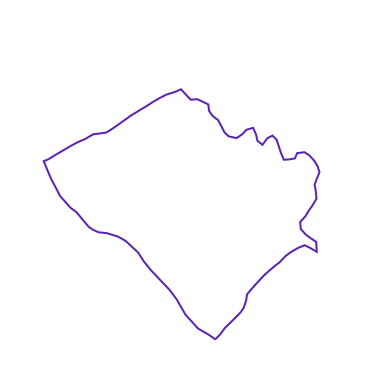 the district of VI-4 Lower Corentyne Rive, East Berbice-Corentyne, Guyana, rotated 129°
{"feature_id": "73187651B56094109517329", "entity_name": "VI-4 Lower Corentyne Rive", "entity_type": "district", "adm_level": 2, "iso_a3": "GUY", "parent_name": "Guyana", "parent_adm1": "East Berbice-Corentyne", "projection": "mercator", "projection_center": [-57.321, 5.762], "detail": "fine", "context": "isolated", "style": "outline", "palette": "violet", "viewbox_px": 384, "rotation_deg": 129, "n_neighbors": 0, "source": "geoboundaries", "source_scale": "gbopen_adm2", "svg_char_len": 1479}
<svg xmlns="http://www.w3.org/2000/svg" viewBox="0 0 384 384"><g transform="rotate(129 192 192)"><path d="M261.4,326.6L268.3,313.9L270.4,309.9L278.3,291.4L279.2,285.6L280.7,276.4L280.4,269.2L284.1,250.3L283.7,245.4L282.1,239.2L277.7,232.5L273.2,221.4L271.8,212.7L272.9,195.9L276.3,185.6L278.5,175.5L280.9,157.8L282.2,147.8L285.1,136.3L291.4,120.0L294.3,101.4L292.4,89.3L291.9,81.5L290.3,81.0L284.5,80.5L277.3,80.9L270.8,80.1L263.6,79.3L255.0,78.5L249.5,78.9L241.9,81.8L237.0,84.8L230.7,84.7L223.6,84.4L215.9,83.9L210.2,83.4L204.1,82.4L196.9,81.0L191.4,79.7L182.9,79.0L176.4,77.3L168.8,74.4L162.5,71.0L161.0,64.3L160.0,57.4L157.7,59.4L152.6,64.2L153.2,70.6L153.5,76.8L152.3,84.2L147.2,89.1L139.6,88.6L133.1,89.5L126.7,89.9L118.8,91.1L113.4,96.4L109.1,101.3L103.3,103.3L96.5,105.3L93.1,110.3L90.8,116.5L89.7,124.1L90.3,129.7L95.6,134.7L101.2,133.2L105.5,137.0L109.1,140.9L105.5,147.7L101.6,153.7L98.1,159.3L97.5,164.9L102.7,167.3L111.0,166.9L111.0,173.4L107.0,178.4L103.7,184.9L109.4,188.9L115.5,189.3L122.1,191.3L125.7,198.7L125.2,204.3L122.5,210.3L119.7,217.0L120.0,223.4L118.3,229.6L113.7,234.5L115.1,240.3L116.4,246.1L121.1,251.1L120.0,259.3L119.1,265.2L125.5,268.5L132.2,273.1L139.2,276.2L146.8,279.1L153.0,281.1L159.6,283.5L165.3,285.5L171.0,287.6L176.4,289.0L182.8,290.8L188.9,292.5L194.2,294.1L199.7,296.0L203.4,299.4L209.3,305.1L218.1,308.4L225.1,312.1L232.9,315.4L242.3,318.9L248.7,321.3L256.7,324.1L261.4,326.6Z" fill="none" stroke="#5b21b6" stroke-width="2"/></g></svg>